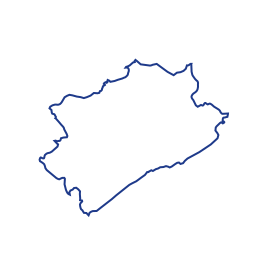 Jawa Barat, orthographic projection, rotated 317°
{"feature_id": "IDN-1223", "entity_name": "Jawa Barat", "entity_type": "Province", "adm_level": 1, "iso_a3": "IDN", "parent_name": "Indonesia", "parent_adm1": "", "projection": "orthographic", "projection_center": [107.637, -6.866], "detail": "fine", "context": "isolated", "style": "outline", "palette": "blue", "viewbox_px": 256, "rotation_deg": 317, "n_neighbors": 0, "source": "natural_earth", "source_scale": "10m", "svg_char_len": 3416}
<svg xmlns="http://www.w3.org/2000/svg" viewBox="0 0 256 256"><g transform="rotate(317 128 128)"><path d="M81.6,71.3L82.0,71.2L82.8,70.8L83.1,69.4L83.4,68.5L83.5,67.7L82.8,66.6L82.4,65.8L82.8,64.7L84.3,62.6L84.0,60.1L85.6,59.4L88.2,59.9L90.6,61.1L91.4,61.9L92.2,62.8L93.2,63.6L94.6,64.1L95.9,64.1L97.2,63.9L102.6,62.3L105.4,62.9L107.8,63.8L109.6,66.2L112.0,70.1L114.4,73.1L116.1,76.0L119.0,77.4L122.8,78.8L126.9,79.1L129.4,81.8L131.0,82.7L132.6,81.9L133.7,82.5L134.9,82.3L135.8,81.6L137.5,80.9L137.9,80.5L138.5,80.4L139.2,80.5L140.0,80.8L140.5,80.8L140.7,80.1L140.5,79.2L141.6,78.9L143.2,79.4L143.3,80.4L144.3,80.4L145.3,79.3L145.9,79.0L146.6,80.7L146.6,82.2L150.3,84.5L153.4,85.8L157.6,87.9L159.4,88.5L160.8,89.1L162.2,89.1L163.3,89.1L164.3,88.8L165.4,88.0L167.2,87.0L167.5,86.8L168.0,86.3L168.6,85.5L168.9,84.5L168.8,83.6L168.3,82.9L167.4,82.2L168.3,82.0L169.6,82.7L171.9,83.4L176.3,83.5L177.9,84.4L178.3,83.6L179.9,83.3L180.2,85.2L180.7,90.1L186.7,97.4L188.0,98.2L189.0,98.5L192.7,100.7L195.2,113.9L197.4,120.5L201.5,120.9L204.5,123.0L207.6,124.1L210.7,124.1L213.8,122.4L214.4,123.1L215.4,123.5L216.7,123.6L217.7,123.9L218.1,124.3L217.9,124.4L212.9,130.2L211.3,133.0L211.0,134.1L210.5,137.7L210.5,139.8L210.7,141.1L210.4,142.1L209.9,142.9L209.0,143.7L208.1,144.7L207.2,145.7L205.3,147.1L204.6,147.4L203.7,147.7L201.9,147.8L199.2,147.4L197.9,147.5L196.6,147.9L195.7,148.5L195.2,149.4L194.9,150.5L194.8,152.1L193.1,157.7L193.5,160.0L195.4,160.5L197.1,160.9L197.6,162.0L198.0,162.6L198.8,162.7L200.5,162.2L201.3,162.2L201.7,162.5L201.9,163.4L202.3,165.0L202.8,165.3L203.5,165.5L204.3,165.8L204.7,166.3L204.9,166.9L205.2,168.0L205.5,171.1L206.9,176.3L207.0,177.4L206.9,178.3L206.5,179.5L206.4,180.2L206.4,181.2L206.6,181.8L206.9,182.2L211.0,185.6L210.3,186.2L208.3,187.6L206.5,186.6L206.0,186.4L205.5,186.0L204.9,185.6L204.2,185.6L203.4,186.1L202.7,186.8L202.0,187.4L202.5,188.8L202.4,189.4L202.0,189.6L200.5,189.3L200.1,187.6L199.6,187.2L198.6,187.1L193.9,187.2L192.5,187.5L190.2,189.5L189.9,192.7L189.3,194.8L186.4,196.6L177.3,196.5L163.8,194.3L150.7,190.9L147.2,190.8L144.3,191.3L141.9,190.1L141.7,188.0L140.2,187.0L138.2,186.6L133.6,186.0L131.6,185.3L131.0,183.7L129.8,181.8L127.3,180.7L124.8,178.7L122.3,178.1L120.3,177.1L116.9,176.4L116.2,174.8L114.9,174.5L113.4,174.1L113.0,174.2L112.6,174.0L112.0,173.3L108.4,173.9L103.9,173.3L100.2,172.9L97.7,172.6L95.4,171.9L93.0,171.2L90.2,170.5L73.4,169.2L67.7,169.0L54.6,167.8L48.5,167.3L45.5,164.7L44.0,164.1L42.1,163.8L40.3,164.7L39.6,165.0L39.6,163.7L39.6,161.8L37.9,160.0L38.5,157.0L38.3,155.5L38.7,154.3L39.6,152.7L40.7,151.2L42.0,150.6L43.3,150.6L44.5,150.4L44.9,149.7L43.7,148.1L45.0,146.9L47.8,143.4L49.7,141.6L49.8,138.9L49.4,136.4L47.6,135.1L45.5,135.3L43.3,134.5L41.3,135.0L40.0,137.1L39.6,136.1L39.4,135.3L39.4,134.3L39.8,132.7L40.5,130.8L43.2,125.9L47.2,122.1L47.4,121.0L46.0,119.7L45.0,119.3L42.7,118.6L42.1,117.6L41.5,115.9L39.9,103.4L40.2,101.1L41.3,99.1L42.0,97.3L41.8,95.4L41.4,93.6L41.0,92.3L41.7,90.9L42.7,90.3L43.3,90.0L44.0,90.0L44.4,90.6L44.7,91.6L45.3,92.5L45.9,92.8L46.8,92.4L47.8,91.6L48.9,91.1L51.0,91.2L52.5,91.8L53.9,92.7L56.1,93.3L63.8,93.5L65.7,92.3L65.5,91.1L65.5,87.3L66.5,87.9L66.7,88.5L67.0,89.1L67.5,89.6L68.4,90.1L69.2,90.8L69.9,90.9L70.6,90.7L72.0,89.8L74.2,90.9L77.0,93.1L78.2,92.5L79.1,90.5L80.4,85.6L81.0,84.5L81.3,83.6L81.4,82.5L81.4,80.1L81.6,76.1L81.7,71.5L81.6,71.3Z" fill="none" stroke="#1e3a8a" stroke-width="2"/></g></svg>